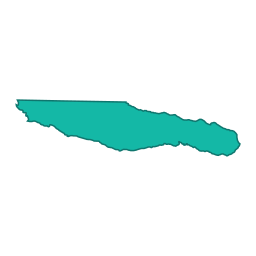 Rio Cuarto, Alajuela, Costa Rica (Equal Earth projection), rotated 271°
{"feature_id": "36466004B916692676755", "entity_name": "Rio Cuarto", "entity_type": "district", "adm_level": 2, "iso_a3": "CRI", "parent_name": "Costa Rica", "parent_adm1": "Alajuela", "projection": "equal_earth", "projection_center": [-84.219, 10.409], "detail": "fine", "context": "isolated", "style": "filled", "palette": "teal", "viewbox_px": 256, "rotation_deg": 271, "n_neighbors": 0, "source": "geoboundaries", "source_scale": "gbopen_adm2", "svg_char_len": 5847}
<svg xmlns="http://www.w3.org/2000/svg" viewBox="0 0 256 256"><g transform="rotate(271 128 128)"><path d="M154.0,16.9L152.3,17.7L152.1,18.0L149.6,18.0L149.1,17.9L148.9,17.5L148.9,16.9L149.0,16.4L149.3,15.9L148.1,16.1L146.7,17.0L145.7,18.1L145.5,18.5L145.1,18.6L145.0,18.8L144.8,18.9L144.3,19.8L144.1,20.8L144.1,21.6L143.7,22.5L143.2,22.8L142.5,22.7L142.1,22.7L141.9,22.8L141.6,23.4L141.5,24.1L141.5,25.4L141.3,25.9L140.0,25.9L139.3,25.6L138.6,25.7L138.1,26.0L138.1,26.8L138.3,27.2L135.3,28.4L134.7,28.4L133.9,28.0L133.2,27.4L132.8,29.6L132.8,31.9L133.2,32.9L133.3,34.7L132.8,36.1L132.1,37.3L131.8,38.0L131.8,38.5L131.5,39.5L131.0,40.0L130.2,40.7L130.2,40.9L130.1,41.0L129.8,41.4L129.7,42.2L129.7,42.7L128.9,43.7L128.6,44.5L128.6,47.2L128.4,47.4L128.3,47.8L127.9,48.2L127.9,48.7L128.2,49.3L128.9,49.7L129.6,49.7L129.9,49.9L129.9,50.9L129.4,52.1L129.4,52.4L128.6,54.0L127.6,55.2L127.2,55.5L126.2,56.5L125.4,58.1L125.2,58.6L124.5,59.0L124.0,59.7L123.7,60.7L123.1,61.2L122.9,61.8L122.1,63.0L121.9,63.5L121.8,63.8L121.6,64.2L121.2,64.6L120.4,64.8L120.1,65.2L119.9,66.8L119.4,67.8L119.2,67.9L118.7,67.6L118.5,68.3L118.6,68.8L119.3,70.4L119.4,71.4L119.4,72.4L119.2,73.7L119.2,76.5L119.0,77.2L118.4,78.2L118.2,78.8L116.1,86.6L116.0,86.8L116.0,87.0L115.9,87.2L115.9,88.0L115.8,88.5L115.8,90.3L115.6,91.0L115.6,91.3L115.5,91.7L115.4,91.8L115.1,92.9L114.8,93.6L114.6,93.8L114.4,94.6L114.3,98.9L114.1,99.4L113.7,99.8L113.1,100.2L112.7,101.0L112.2,101.6L111.8,101.9L111.6,102.3L111.6,102.6L111.4,103.0L111.3,103.4L111.2,104.1L110.9,104.8L110.8,105.5L110.6,105.8L110.3,106.1L110.2,106.3L109.7,106.7L109.4,107.2L109.1,107.5L108.5,108.5L108.5,109.0L108.4,109.2L108.4,109.5L108.3,110.1L108.1,111.3L108.1,112.1L107.9,112.5L107.5,113.3L107.1,114.2L106.6,115.2L106.2,116.3L106.2,117.9L106.1,118.6L105.8,119.2L105.5,119.5L105.0,119.7L105.0,120.5L105.1,121.1L105.4,121.5L105.9,122.6L106.5,123.6L106.5,127.3L105.9,128.9L105.8,129.9L105.7,130.1L105.6,130.6L105.5,130.8L105.5,133.9L105.6,134.4L105.7,134.9L105.9,135.6L106.0,136.1L106.2,136.5L106.2,137.0L106.4,137.2L107.7,141.4L107.7,141.7L107.8,142.1L107.8,144.3L108.8,147.4L109.1,147.9L109.4,149.1L109.4,150.5L108.9,151.3L108.9,152.0L109.3,152.6L109.8,152.9L109.8,154.7L109.8,155.2L110.2,156.3L110.2,156.7L110.5,157.7L110.8,158.6L110.9,158.8L110.9,159.0L111.3,159.4L111.5,159.5L111.6,160.5L111.4,161.2L111.4,162.0L111.7,162.9L111.9,163.8L112.1,164.0L112.8,164.2L113.1,164.4L113.1,164.5L113.1,165.4L113.0,165.8L112.7,166.1L112.4,166.5L112.4,167.4L112.7,168.7L112.7,169.2L112.5,169.5L112.5,170.9L111.2,173.5L111.0,173.8L111.0,174.7L110.8,175.3L110.7,176.0L111.0,176.6L111.3,177.0L111.8,177.8L112.1,178.8L112.6,179.3L113.4,179.5L114.2,179.4L114.5,179.3L114.7,179.0L115.2,179.1L115.2,179.3L115.1,179.8L114.5,180.5L114.3,181.6L113.9,181.7L113.7,181.9L113.5,182.3L113.2,182.4L112.9,182.6L112.9,183.2L113.0,183.7L113.0,184.2L112.6,184.2L112.3,184.0L112.1,184.0L111.9,184.3L111.9,185.1L112.1,185.8L112.4,186.2L113.0,186.4L113.1,186.6L113.3,186.9L113.3,187.4L113.2,187.5L112.8,187.5L112.6,187.4L112.3,187.4L112.2,187.5L112.3,188.5L112.1,189.5L111.5,190.1L111.2,190.7L111.1,191.2L110.7,192.3L109.7,193.6L109.7,194.0L110.2,194.8L110.2,195.2L109.0,196.6L108.5,197.0L108.1,198.0L107.7,198.6L106.9,199.4L106.5,200.0L106.4,200.7L106.2,201.4L106.4,203.9L105.9,204.9L105.9,205.8L106.4,206.8L106.4,207.1L106.1,208.5L105.9,209.2L105.4,209.5L105.0,211.0L104.4,212.0L103.8,212.4L103.6,213.5L103.6,213.9L103.1,215.4L102.9,215.6L102.7,216.4L102.6,217.0L102.4,217.4L102.3,218.5L102.3,219.0L102.6,219.4L103.0,220.8L103.5,221.6L103.7,222.9L103.7,223.4L103.6,224.0L103.0,224.7L102.8,226.0L102.0,227.0L102.0,227.9L102.3,228.5L102.9,229.2L103.1,229.5L103.4,230.8L103.9,232.0L104.1,232.3L104.9,233.0L105.3,234.1L106.1,235.0L108.0,235.8L108.8,236.9L109.2,237.3L109.8,238.1L110.4,238.5L111.2,238.6L111.5,239.0L112.1,239.6L114.1,240.2L114.6,239.7L115.0,239.0L115.6,238.6L116.2,238.4L117.4,237.7L120.8,237.0L123.2,237.0L123.5,236.7L123.8,236.6L124.5,236.0L124.6,235.9L124.8,235.8L125.3,235.4L125.8,234.7L126.4,234.2L127.0,232.8L127.2,231.9L127.2,230.5L127.2,230.0L127.6,229.9L127.8,229.5L128.0,228.8L128.1,228.4L128.1,226.9L128.3,226.4L128.8,225.5L129.1,224.7L129.3,223.6L129.4,223.3L129.5,223.2L129.8,222.6L130.2,222.1L130.4,221.5L131.4,220.0L132.0,218.9L132.3,218.6L133.2,216.9L133.5,216.5L134.2,215.9L134.6,215.3L134.9,214.5L135.0,213.8L134.6,212.5L134.4,211.4L133.9,210.8L133.5,210.6L132.7,210.5L132.7,210.1L133.0,208.8L133.9,206.7L134.3,206.1L134.9,205.4L135.0,205.4L135.1,205.2L135.7,204.7L135.8,204.7L136.7,203.6L137.0,202.8L137.4,202.3L137.5,202.0L137.6,201.8L137.7,201.6L137.9,201.1L137.9,200.0L137.8,199.2L137.2,198.4L135.9,195.9L136.0,195.6L135.8,195.3L135.8,194.9L136.1,194.0L136.1,192.9L136.5,192.0L136.7,190.6L136.8,190.1L137.2,189.3L137.3,188.9L137.3,187.9L137.0,186.9L137.0,183.8L137.4,182.5L138.6,180.5L139.0,179.7L139.9,178.5L140.0,177.9L140.6,176.7L140.9,176.5L141.4,175.7L141.9,175.3L142.0,175.1L142.0,174.8L142.1,174.3L142.0,174.1L142.0,173.2L141.7,172.1L141.7,170.8L141.6,170.4L141.6,169.7L142.0,168.7L142.6,167.9L142.7,167.3L142.9,166.8L143.5,166.0L144.2,163.8L144.0,163.0L143.7,162.4L143.7,161.5L143.3,160.5L143.1,159.5L142.9,159.2L142.9,158.1L143.1,157.3L143.1,156.6L143.6,155.0L143.6,154.3L143.5,153.7L144.0,152.9L144.0,152.6L144.0,152.4L143.9,152.1L143.9,151.4L144.0,150.7L144.7,150.3L144.7,149.6L144.8,149.4L144.8,148.0L145.0,147.6L145.0,146.8L145.1,146.5L145.7,146.0L145.7,144.0L145.3,143.5L145.2,143.2L145.2,142.8L145.8,141.7L146.5,140.0L146.2,139.1L146.2,138.4L146.6,137.9L146.8,137.1L147.3,136.3L147.6,135.5L147.8,135.3L148.3,134.9L148.5,134.3L149.2,133.3L149.4,132.6L149.4,132.1L149.5,131.6L149.7,131.1L150.1,130.7L150.5,130.0L150.9,128.2L151.1,127.9L151.7,128.1L152.2,127.9L152.6,127.2L152.9,126.0L153.1,125.7L153.3,125.4L153.9,125.5L153.9,59.9L154.0,16.9Z" fill="#14b8a6" stroke="#0f766e" stroke-width="1.5"/></g></svg>